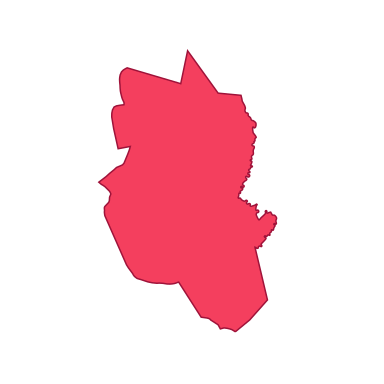 the district of Fraternidad, Ocotepeque, Honduras, rotated 325°
{"feature_id": "27666195B9362157023488", "entity_name": "Fraternidad", "entity_type": "district", "adm_level": 2, "iso_a3": "HND", "parent_name": "Honduras", "parent_adm1": "Ocotepeque", "projection": "robinson", "projection_center": [-89.047, 14.583], "detail": "fine", "context": "isolated", "style": "filled", "palette": "rose", "viewbox_px": 384, "rotation_deg": 325, "n_neighbors": 0, "source": "geoboundaries", "source_scale": "gbopen_adm2", "svg_char_len": 6120}
<svg xmlns="http://www.w3.org/2000/svg" viewBox="0 0 384 384"><g transform="rotate(325 192 192)"><path d="M133.9,307.6L137.2,315.7L136.7,320.4L140.3,321.7L142.6,323.8L144.4,325.8L145.8,327.7L147.2,331.0L148.0,331.3L165.9,329.9L191.9,323.7L211.9,273.4L212.4,274.0L212.8,275.3L213.3,275.7L213.7,275.9L214.1,275.8L214.4,275.6L215.0,275.0L215.4,274.9L215.9,274.9L216.3,275.0L216.6,275.3L216.8,275.6L217.1,276.1L217.3,276.4L217.6,276.5L217.9,276.5L218.2,276.3L218.4,276.0L218.5,275.7L218.4,275.1L218.5,274.7L218.6,274.4L218.9,274.2L223.1,273.4L224.8,273.0L225.9,272.6L226.2,272.2L226.2,271.8L226.1,271.4L225.6,270.9L225.6,270.5L225.7,270.0L226.1,269.8L226.4,269.7L226.8,269.9L227.0,270.1L227.3,270.8L227.9,271.2L228.4,271.1L229.3,270.8L229.8,270.8L230.1,271.1L230.4,271.8L230.8,272.0L231.1,272.0L231.3,271.8L231.6,270.9L231.9,270.5L232.5,270.2L233.6,270.2L234.2,270.0L234.6,269.7L235.0,268.9L235.3,268.6L235.6,268.6L235.9,268.8L236.0,269.0L236.1,269.4L236.3,269.7L236.6,269.8L236.9,269.7L237.4,269.4L238.0,268.7L238.6,268.3L239.3,267.9L240.2,267.6L240.7,267.3L240.8,267.0L240.8,266.7L240.5,266.1L240.4,265.7L240.5,265.3L240.8,265.1L241.2,265.0L241.5,265.2L241.7,265.5L241.9,266.1L242.1,266.4L242.5,266.5L242.9,266.4L243.3,265.8L243.7,264.6L244.1,263.9L244.7,263.2L245.8,262.5L246.3,261.9L246.5,261.4L246.6,260.7L246.6,259.8L246.4,258.8L246.3,258.4L245.9,258.0L244.9,257.3L244.6,256.7L244.9,253.6L243.5,253.0L241.9,252.7L241.5,252.4L241.4,252.0L241.5,251.5L241.6,251.2L242.2,250.9L242.3,250.5L242.3,250.0L242.0,249.7L241.6,249.6L241.0,249.8L240.7,250.3L240.5,250.9L240.3,251.3L240.0,251.6L239.6,251.8L237.7,252.2L233.8,252.7L231.7,253.3L231.0,253.3L230.8,253.1L230.7,251.8L231.0,249.9L231.2,248.6L231.7,247.2L232.2,246.7L232.8,246.4L233.4,246.3L234.3,246.7L234.6,246.7L235.1,246.6L235.5,246.3L235.7,245.9L235.8,245.6L235.8,245.2L235.7,244.8L235.5,244.6L235.2,244.3L234.5,244.2L234.2,244.1L234.0,243.7L234.1,243.2L234.6,242.4L235.8,241.1L236.7,240.3L237.9,239.8L238.1,239.7L238.1,239.4L238.0,239.0L237.7,238.9L236.6,238.9L235.8,238.8L233.8,238.2L232.5,237.8L231.8,237.2L231.7,236.9L231.8,236.5L231.9,236.3L232.4,236.0L232.7,235.6L232.8,235.2L232.7,234.7L232.5,234.4L232.1,234.1L231.7,234.0L231.1,234.0L230.6,233.9L230.3,233.4L230.1,232.8L230.3,232.3L230.6,231.9L231.0,231.7L231.6,231.6L232.0,231.4L232.2,230.9L232.1,230.4L231.9,230.0L231.5,229.8L231.1,229.7L230.4,229.8L230.0,229.8L229.6,229.5L229.3,229.2L228.7,228.2L228.3,227.2L228.1,226.4L228.1,225.2L228.0,224.7L227.8,224.4L227.5,224.2L226.8,224.1L226.6,223.9L226.5,223.6L226.5,223.2L226.9,222.8L227.7,222.2L228.2,221.8L228.7,221.2L229.1,220.5L229.6,220.1L229.8,220.0L230.0,220.1L230.5,220.7L231.0,220.7L231.4,220.4L231.5,219.5L231.7,219.3L231.9,219.1L232.4,219.0L233.3,219.2L233.8,219.2L234.8,218.9L235.3,218.6L235.6,218.2L235.6,217.7L235.4,217.4L234.8,217.0L234.6,216.6L234.7,216.0L235.0,215.7L235.5,215.6L235.9,215.8L236.1,216.2L236.3,217.0L236.7,217.4L237.1,217.6L237.6,217.5L238.0,217.2L238.2,216.8L238.2,216.3L237.8,215.6L237.8,215.1L237.9,214.6L238.3,214.2L239.2,213.8L240.6,213.5L241.5,213.4L243.0,213.5L243.8,213.3L244.2,213.0L244.3,212.5L244.3,212.0L244.2,211.4L244.3,210.9L244.6,210.4L245.0,210.2L245.5,210.3L245.9,210.6L246.1,210.9L246.3,211.7L246.8,212.1L247.4,212.3L248.2,212.1L248.7,211.7L248.9,211.1L248.8,210.6L248.3,210.0L248.2,209.8L248.1,209.4L248.3,209.0L248.6,208.6L249.0,208.5L249.4,208.6L249.8,209.0L250.1,209.2L250.5,209.2L250.8,209.0L251.0,208.7L251.1,208.3L251.1,207.9L250.8,207.4L250.8,207.0L250.9,206.7L251.1,206.4L251.4,206.2L251.8,206.2L252.6,206.4L253.0,206.4L253.4,206.2L254.0,205.7L254.4,205.6L254.8,205.7L255.4,205.9L255.7,205.9L256.0,205.8L256.2,205.5L256.1,205.1L255.9,204.8L255.5,204.7L255.3,204.5L255.1,204.2L255.1,203.9L255.4,203.5L256.5,203.1L257.2,202.6L257.9,202.1L258.4,201.6L258.5,201.3L258.5,200.9L258.3,200.7L257.9,200.3L257.8,200.0L257.8,199.6L258.0,199.3L258.2,199.2L258.5,199.1L258.8,199.1L259.1,199.4L259.4,199.5L259.7,199.4L260.0,199.3L260.4,198.7L260.7,197.5L261.1,197.0L261.8,196.6L262.3,196.5L263.3,196.5L264.0,196.1L264.6,195.4L265.4,193.9L266.1,193.0L266.8,192.4L268.1,191.7L268.8,191.0L269.0,190.4L269.0,189.9L268.7,189.5L268.2,189.0L268.0,188.6L268.0,188.1L268.3,187.7L268.6,187.4L269.0,187.3L269.4,187.3L270.2,187.5L270.8,187.4L271.3,187.1L271.7,186.4L271.8,186.2L272.1,186.2L272.6,186.3L273.0,186.1L273.2,185.8L273.7,185.0L274.2,184.5L274.8,184.2L275.7,184.2L276.0,184.0L276.1,183.6L276.2,182.7L276.2,181.1L276.1,179.3L276.1,178.5L277.3,176.0L278.4,174.2L278.9,173.8L279.3,173.8L279.5,174.1L279.6,174.8L279.8,175.2L280.1,175.4L280.5,175.4L281.2,175.3L282.0,174.7L282.8,174.0L283.7,172.6L283.9,171.9L283.8,170.8L283.4,169.5L283.0,168.6L282.2,167.8L282.0,167.0L282.0,166.5L282.4,165.4L282.5,164.5L282.3,163.6L281.9,162.4L281.9,161.7L282.1,161.1L282.8,160.4L282.9,159.7L282.8,159.4L282.7,159.1L282.0,158.5L281.7,158.1L281.6,157.7L281.7,156.9L281.8,156.2L282.2,155.5L282.7,154.9L283.6,154.2L283.9,153.8L284.2,153.1L284.6,151.8L284.8,150.5L285.1,147.7L285.3,146.3L285.8,145.3L286.4,144.0L287.6,140.9L270.1,126.0L269.4,73.8L244.9,96.8L210.1,53.1L207.9,52.8L205.7,52.7L203.1,53.2L200.3,54.9L198.4,56.8L197.2,58.3L195.8,60.5L194.3,63.2L192.7,65.7L191.3,68.1L190.4,70.1L189.0,73.7L188.3,75.9L187.9,78.2L187.7,79.5L187.0,80.7L186.3,81.5L184.3,80.4L182.1,79.3L179.5,78.1L176.9,77.7L173.9,79.2L171.6,81.4L170.6,82.7L169.3,84.5L164.2,95.1L156.3,114.2L167.6,119.3L164.8,121.6L161.0,124.2L152.8,129.4L150.7,129.9L148.9,129.6L144.2,128.6L140.7,129.1L135.1,129.5L130.5,130.1L121.3,130.5L122.1,133.7L123.0,135.6L123.8,137.9L124.9,144.2L124.6,146.5L124.4,147.0L124.0,147.4L121.9,148.7L121.4,149.1L119.4,151.6L118.4,152.4L117.7,152.7L117.0,152.9L112.6,153.8L112.0,154.0L111.4,154.4L110.7,155.3L109.8,156.9L108.7,158.2L107.7,160.0L107.0,161.5L96.6,214.0L96.4,217.8L96.6,224.8L96.4,226.2L96.4,227.5L96.6,228.7L97.0,230.0L97.4,231.2L98.1,232.2L99.9,234.4L104.2,240.2L107.3,243.5L110.9,246.6L112.9,247.8L114.8,249.3L116.1,250.4L118.9,253.1L121.2,254.8L122.9,255.8L124.9,256.8L126.6,257.4L128.7,257.9L129.4,258.2L127.7,299.8L132.0,303.8L133.2,305.2L133.8,306.5L133.9,307.6Z" fill="#f43f5e" stroke="#9f1239" stroke-width="1.5"/></g></svg>